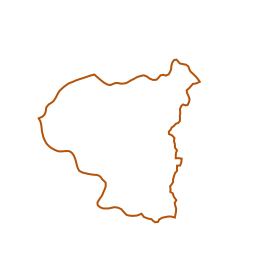 outline of São José da Barra, Minas Gerais, Brazil, rotated 208°
{"feature_id": "56859067B48655576438167", "entity_name": "São José da Barra", "entity_type": "district", "adm_level": 2, "iso_a3": "BRA", "parent_name": "Brazil", "parent_adm1": "Minas Gerais", "projection": "orthographic", "projection_center": [-46.25, -20.76], "detail": "fine", "context": "isolated", "style": "outline", "palette": "amber", "viewbox_px": 256, "rotation_deg": 208, "n_neighbors": 0, "source": "geoboundaries", "source_scale": "gbopen_adm2", "svg_char_len": 2441}
<svg xmlns="http://www.w3.org/2000/svg" viewBox="0 0 256 256"><g transform="rotate(208 128 128)"><path d="M109.4,210.2L112.6,209.3L114.9,210.3L117.3,211.1L119.2,209.7L119.6,206.6L118.9,203.2L117.7,200.6L117.2,197.9L117.3,194.5L119.1,192.1L121.9,191.5L124.0,189.8L124.7,186.6L125.5,184.0L128.4,182.2L131.8,181.8L135.4,182.3L138.6,182.0L140.5,180.6L142.0,179.1L143.7,177.5L145.5,174.6L147.7,171.5L149.3,168.9L150.9,166.6L153.6,164.6L155.6,163.6L157.7,163.1L160.0,162.0L162.0,159.7L163.9,157.5L166.6,156.7L170.6,156.8L174.5,157.5L177.3,158.1L179.8,158.7L182.8,159.4L184.5,157.9L186.7,155.7L189.3,152.9L191.4,150.7L193.1,149.0L194.7,147.3L196.6,145.2L198.2,143.1L199.7,141.4L201.5,139.2L202.9,136.4L204.2,133.6L205.0,131.3L205.8,128.9L206.1,126.3L206.1,123.4L206.0,121.1L206.4,116.7L207.5,114.3L209.1,111.5L209.8,107.9L209.1,105.8L208.3,103.5L208.0,100.5L209.0,97.7L211.4,94.6L208.3,92.6L206.4,90.4L204.2,87.4L202.3,84.5L200.2,82.2L198.4,80.1L196.7,78.8L194.8,77.3L192.6,76.0L189.5,74.9L185.7,74.3L182.5,74.3L179.9,74.5L177.8,75.0L175.6,76.2L173.1,77.8L170.4,79.4L168.3,80.1L165.6,79.6L162.8,78.2L160.1,75.9L157.5,73.2L155.4,70.8L153.4,68.9L151.0,67.3L147.3,67.3L144.2,68.1L141.2,68.9L138.5,69.8L135.9,70.8L133.8,71.8L131.2,72.3L129.1,71.9L126.6,70.6L124.4,70.0L122.1,69.3L120.3,66.0L119.8,63.2L119.6,59.9L119.3,57.4L119.3,55.2L119.8,52.1L120.0,47.9L118.5,45.6L115.4,44.9L112.2,45.3L110.1,46.4L107.5,47.8L105.1,49.8L102.7,51.8L99.3,53.0L95.8,53.2L93.3,52.2L90.8,51.3L88.5,50.6L85.9,51.2L83.2,52.3L81.0,53.6L78.9,55.0L77.4,56.7L75.9,58.6L72.1,56.9L68.0,57.4L64.5,58.5L62.2,57.8L59.8,57.5L57.5,59.1L57.4,62.1L55.7,64.7L52.9,67.2L50.9,68.7L48.3,70.1L44.6,70.9L45.4,73.6L46.4,76.8L47.7,79.5L49.7,81.5L51.7,83.9L51.4,86.9L55.3,88.8L57.7,91.3L60.7,91.5L61.6,93.8L63.4,96.2L63.0,98.9L62.8,101.3L64.1,103.9L64.8,107.2L65.3,110.2L64.6,113.1L65.8,115.3L67.0,117.8L64.4,119.3L64.7,122.4L66.2,126.1L69.0,125.2L71.6,123.7L72.9,126.1L73.9,128.4L74.3,131.3L77.3,132.7L79.2,136.0L81.3,138.0L82.3,141.0L85.7,142.2L88.9,141.9L90.2,144.0L89.5,146.5L89.7,148.9L88.5,151.2L87.8,154.0L86.0,156.2L85.5,158.6L86.6,160.9L87.9,162.9L88.6,165.1L89.7,167.1L91.0,169.0L91.3,172.2L90.5,174.6L88.0,174.9L86.2,176.3L86.3,179.7L87.3,182.5L89.5,184.6L92.3,186.6L93.9,188.8L92.9,191.3L92.1,194.2L91.5,197.3L88.7,199.4L86.3,202.5L89.4,204.1L92.3,205.3L95.4,206.2L99.3,207.2L101.5,208.7L103.6,210.7L106.6,211.1L109.4,210.2Z" fill="none" stroke="#b45309" stroke-width="2"/></g></svg>